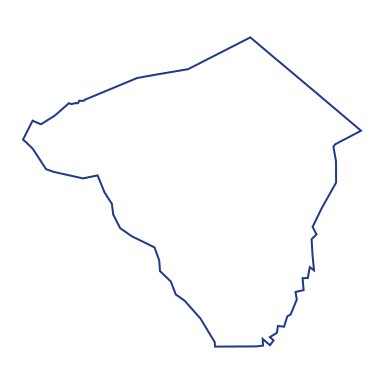 Lancaster, Pennsylvania, United States of America (Mercator projection)
{"feature_id": "52423323B87468686530691", "entity_name": "Lancaster", "entity_type": "district", "adm_level": 2, "iso_a3": "USA", "parent_name": "United States of America", "parent_adm1": "Pennsylvania", "projection": "mercator", "projection_center": [-76.288, 40.019], "detail": "fine", "context": "isolated", "style": "outline", "palette": "blue", "viewbox_px": 384, "rotation_deg": 0, "n_neighbors": 0, "source": "geoboundaries", "source_scale": "gbopen_adm2", "svg_char_len": 986}
<svg xmlns="http://www.w3.org/2000/svg" viewBox="0 0 384 384"><path d="M84.9,99.7L84.6,100.3L83.0,100.9L79.2,100.7L78.4,102.7L76.9,103.4L76.3,102.9L71.5,104.1L68.9,103.2L57.1,113.6L54.3,115.9L40.9,124.3L32.6,120.7L23.0,139.6L25.6,141.8L32.8,148.8L46.1,169.2L53.8,171.9L83.0,178.4L97.6,175.4L104.7,192.9L106.5,195.1L106.5,195.6L111.9,203.8L113.2,214.5L120.2,228.2L131.7,236.2L154.5,247.4L159.2,260.4L160.0,271.1L170.8,281.5L175.8,294.5L184.7,300.8L200.5,318.6L214.7,342.1L215.0,346.6L217.5,346.6L256.4,346.4L263.0,345.6L262.7,339.0L270.0,345.2L273.6,340.4L269.9,337.1L276.9,332.8L277.9,326.0L284.0,326.7L287.3,316.4L290.7,314.4L296.8,299.5L295.5,292.0L303.6,290.1L302.6,278.2L307.8,278.0L309.8,267.2L314.0,270.3L312.5,254.6L311.6,239.2L316.5,234.4L312.6,226.9L321.5,208.6L329.9,193.6L336.1,182.6L336.0,161.2L333.4,146.7L335.2,144.3L361.0,130.7L333.7,107.6L293.0,73.3L274.0,57.4L250.3,37.4L188.0,69.2L156.6,74.5L137.1,78.0L84.9,99.7Z" fill="none" stroke="#1e3a8a" stroke-width="2"/></svg>